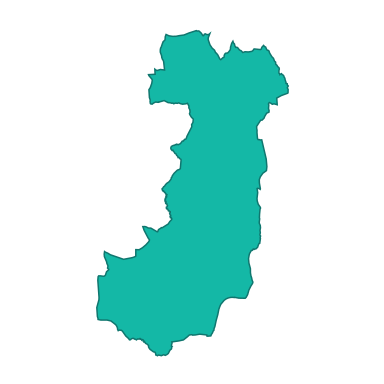 Kwimba, Mwanza, United Republic of Tanzania (Equal Earth projection), rotated 355°
{"feature_id": "72390352B45509194301574", "entity_name": "Kwimba", "entity_type": "district", "adm_level": 2, "iso_a3": "TZA", "parent_name": "United Republic of Tanzania", "parent_adm1": "Mwanza", "projection": "equal_earth", "projection_center": [33.319, -3.038], "detail": "fine", "context": "isolated", "style": "filled", "palette": "teal", "viewbox_px": 384, "rotation_deg": 355, "n_neighbors": 0, "source": "geoboundaries", "source_scale": "gbopen_adm2", "svg_char_len": 6013}
<svg xmlns="http://www.w3.org/2000/svg" viewBox="0 0 384 384"><g transform="rotate(355 192 192)"><path d="M296.1,96.1L296.9,95.2L297.1,94.7L296.4,94.1L296.3,92.4L295.1,92.0L295.2,91.0L294.5,88.1L294.5,87.3L294.3,86.4L293.9,85.9L293.5,84.2L292.9,83.4L292.0,82.9L291.5,81.9L289.7,82.7L289.7,81.9L289.0,81.2L289.0,80.3L289.2,78.6L289.7,77.1L289.5,75.8L288.2,74.4L287.7,73.1L286.6,72.1L286.6,69.9L285.6,68.8L284.8,65.9L283.3,64.1L281.4,60.2L281.0,58.3L280.4,57.6L279.4,57.4L278.6,56.0L278.0,54.0L277.0,53.5L276.1,52.2L274.3,53.8L273.2,55.9L272.7,56.1L266.4,54.9L265.9,55.2L265.2,56.3L263.9,57.1L260.3,57.4L257.0,56.9L254.8,57.5L253.2,55.5L251.7,54.7L250.0,52.1L249.2,51.7L248.1,51.7L247.4,50.0L247.2,48.2L246.3,47.1L245.9,45.4L244.5,47.3L243.0,51.1L242.8,52.7L242.3,53.9L240.7,55.7L239.6,56.6L237.5,56.7L237.0,57.1L236.0,58.6L235.8,60.2L235.4,60.7L234.6,60.8L232.2,62.7L231.3,61.9L229.6,57.6L228.3,55.7L227.6,55.2L226.8,52.7L224.6,50.4L222.7,46.9L221.4,41.6L221.6,39.9L223.6,35.7L222.1,36.7L220.4,36.4L219.0,35.6L218.0,35.9L217.3,37.1L216.7,37.3L216.3,37.0L215.2,34.7L213.2,32.4L212.4,32.1L211.0,32.1L210.4,31.6L202.9,33.3L197.7,34.9L193.2,35.1L189.5,35.5L186.0,35.2L182.7,34.4L179.9,32.8L178.9,34.9L178.4,38.1L176.2,39.9L176.2,40.4L175.8,40.8L173.8,45.3L173.3,45.8L172.8,47.6L172.6,49.9L173.6,53.7L173.6,55.2L174.1,57.2L174.6,58.0L175.1,59.5L175.3,68.1L171.2,67.2L168.1,67.9L167.3,67.8L165.7,66.4L165.5,71.5L158.9,71.3L159.2,72.3L161.8,76.0L162.1,76.7L162.1,77.4L161.4,80.2L159.5,84.4L158.0,86.3L157.8,94.3L158.4,96.7L158.1,98.2L158.2,100.2L158.5,100.6L160.0,101.0L161.3,100.1L163.6,99.2L166.0,99.7L166.8,99.7L166.9,99.3L168.2,99.3L172.2,98.5L176.0,100.9L177.9,101.2L179.5,101.8L180.8,101.8L181.5,102.5L183.2,102.0L185.4,102.4L186.5,102.0L188.2,103.0L190.3,103.7L193.6,103.6L195.2,103.2L196.4,106.1L196.2,107.9L197.0,109.9L197.0,112.3L196.3,113.8L196.6,114.8L198.0,117.6L199.5,119.2L199.6,119.6L199.0,122.8L197.5,124.8L197.5,127.0L191.9,135.9L190.8,138.4L190.1,138.9L189.2,138.9L187.8,140.5L186.8,140.4L184.7,142.8L182.3,143.7L181.0,143.0L180.5,143.5L179.5,143.3L178.7,144.0L177.6,143.9L175.4,144.8L174.7,146.3L174.8,147.4L175.8,148.9L176.6,148.7L176.7,149.3L177.3,149.9L178.4,152.1L179.2,152.4L179.9,154.1L181.0,155.4L181.1,156.5L182.3,156.7L182.7,157.7L183.8,158.5L183.9,159.2L182.4,167.7L180.8,168.7L180.2,168.6L179.1,169.1L175.8,171.8L173.9,174.0L173.2,175.5L172.6,176.0L172.5,176.8L171.9,177.8L169.9,179.9L167.4,181.3L165.9,182.8L165.2,183.8L164.2,184.3L163.5,185.3L162.4,186.3L162.8,188.1L163.6,188.2L163.6,188.9L164.2,189.0L164.6,190.0L165.1,190.1L165.5,191.2L165.9,191.5L165.9,192.1L166.6,192.4L166.1,192.9L165.7,194.0L166.4,194.0L166.2,194.8L165.6,194.8L165.5,195.6L165.0,195.8L165.0,196.5L164.6,196.7L164.8,197.2L164.3,197.6L164.4,198.9L165.1,198.9L165.4,199.8L164.7,200.4L164.8,201.0L165.1,201.4L165.9,201.6L166.0,202.7L166.4,203.3L166.0,204.5L165.1,204.9L165.1,206.3L165.3,206.6L166.2,206.7L166.9,208.8L167.5,208.8L168.6,209.7L168.5,210.6L167.8,211.0L168.1,211.8L168.1,212.6L168.8,213.3L168.0,214.6L168.3,215.7L169.0,215.5L169.2,216.3L169.5,216.5L169.4,217.6L167.3,219.5L165.5,221.8L159.3,225.0L158.3,224.8L158.0,225.2L155.4,226.5L154.3,228.6L153.8,228.6L147.9,224.4L145.4,224.1L143.2,222.7L142.0,222.3L140.0,222.2L141.0,226.1L144.3,234.0L145.5,236.1L144.6,237.7L141.5,240.6L137.8,243.2L134.3,244.9L131.0,244.5L130.4,251.0L129.2,251.6L126.7,252.2L118.0,253.1L105.2,247.4L102.8,245.6L100.5,244.4L99.7,243.7L99.1,246.2L99.1,248.8L100.8,254.0L101.0,255.8L101.8,258.0L101.7,259.1L101.2,260.4L102.3,261.7L102.0,262.4L99.9,264.0L98.5,267.3L97.9,267.8L97.2,268.2L96.2,268.2L93.7,267.6L91.7,267.4L91.1,268.2L90.5,271.7L90.2,288.8L89.9,291.2L87.1,298.8L86.9,307.8L87.4,310.1L87.3,310.8L89.9,311.6L96.3,312.2L100.0,313.4L104.5,317.6L105.4,319.3L105.9,321.0L105.9,322.4L106.4,323.7L107.6,323.2L109.8,323.7L110.8,325.0L113.5,329.7L116.0,332.4L116.8,333.8L117.9,333.8L118.9,332.9L120.5,332.6L121.4,332.9L121.7,333.5L122.5,333.6L123.8,334.5L124.8,333.7L126.6,333.9L127.2,333.4L127.7,333.5L127.8,334.2L128.5,334.2L129.0,335.2L129.7,334.7L130.4,335.0L130.4,336.3L131.2,336.4L131.1,337.3L131.8,337.3L132.6,338.8L133.7,339.4L135.3,341.1L135.2,342.5L135.8,344.0L136.6,345.2L139.7,347.9L141.1,348.3L141.5,349.0L141.8,351.3L142.5,351.4L143.2,352.1L144.6,351.5L147.2,352.4L149.6,351.6L151.1,352.4L152.7,351.8L154.3,350.8L156.2,347.7L157.8,346.6L158.2,345.5L158.3,344.5L158.6,344.2L158.1,344.0L158.3,343.1L158.2,342.8L159.0,340.6L158.8,339.6L165.9,339.2L170.6,338.6L174.7,335.9L176.9,334.2L179.4,334.1L180.0,334.6L182.7,334.7L187.3,334.3L194.3,335.7L194.3,336.8L195.0,337.0L198.2,337.0L199.0,335.5L200.2,334.0L200.9,332.4L201.7,331.8L202.1,329.9L203.0,328.2L204.9,322.0L207.0,316.4L208.5,311.2L209.6,308.8L210.9,306.4L214.7,302.6L217.0,301.3L219.3,300.6L221.1,300.4L222.8,300.4L225.0,300.8L225.1,300.6L229.4,301.8L235.7,302.5L236.8,301.6L238.5,299.0L240.1,294.7L242.4,290.9L244.3,288.4L244.7,287.5L244.8,287.0L244.2,285.1L243.9,282.5L243.4,280.6L243.2,277.6L243.5,273.4L242.5,267.8L242.5,263.3L243.4,259.9L243.9,258.5L246.0,255.4L246.6,255.5L247.3,255.2L247.8,254.3L248.3,254.1L248.9,254.6L249.5,254.3L250.8,254.2L252.6,252.7L253.3,250.9L254.3,249.1L255.0,249.0L256.1,244.3L255.9,244.1L256.0,243.1L256.5,241.8L256.0,241.0L255.9,240.2L256.5,238.7L256.4,236.1L257.1,233.7L257.1,231.3L256.3,228.9L256.4,227.7L257.1,224.6L256.9,223.6L257.4,219.8L258.3,215.0L258.8,214.3L258.8,213.3L256.9,209.9L256.2,206.6L256.2,204.1L257.4,198.3L257.1,194.3L257.4,194.0L259.2,194.5L260.2,195.3L260.4,194.8L259.9,188.9L260.1,185.6L261.4,182.8L264.2,179.5L268.0,177.2L268.8,173.3L268.8,165.6L266.0,146.1L264.4,146.1L263.5,145.6L262.5,145.6L261.9,144.6L261.9,138.5L262.2,135.9L262.0,135.0L262.1,132.3L266.6,126.5L268.1,126.5L270.0,124.9L270.5,124.3L270.7,123.5L273.2,120.0L275.6,119.2L275.9,117.8L275.5,115.4L276.1,112.0L275.8,111.0L276.6,109.8L276.9,109.6L278.1,110.3L279.6,111.6L281.4,111.3L284.5,112.5L284.6,105.8L289.4,103.7L296.0,101.9L296.3,101.5L296.7,98.2L296.1,96.8L296.1,96.1Z" fill="#14b8a6" stroke="#0f766e" stroke-width="1.5"/></g></svg>